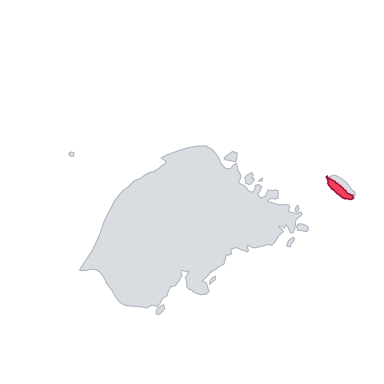 Jeju-si, Jeju, South Korea (highlighted), rotated 237°
{"feature_id": "91817680B29624883381183", "entity_name": "Jeju-si", "entity_type": "district", "adm_level": 2, "iso_a3": "KOR", "parent_name": "South Korea", "parent_adm1": "Jeju", "projection": "natural_earth1", "projection_center": [126.666, 33.419], "detail": "fine", "context": "in_parent", "style": "filled", "palette": "rose", "viewbox_px": 384, "rotation_deg": 237, "n_neighbors": 0, "source": "geoboundaries", "source_scale": "gbopen_adm2", "svg_char_len": 5719}
<svg xmlns="http://www.w3.org/2000/svg" viewBox="0 0 384 384"><g transform="rotate(237 192 192)"><path d="M117.8,97.7L119.1,96.7L119.2,95.3L119.2,90.8L122.7,87.7L127.7,81.3L130.2,77.9L133.0,74.6L136.2,72.4L139.4,71.4L144.5,70.9L154.1,71.3L156.0,71.0L162.7,70.6L164.2,71.2L169.1,71.6L174.5,71.2L177.2,70.2L179.7,68.6L181.9,65.7L184.1,60.3L186.5,56.1L187.9,55.3L197.9,77.8L207.4,92.4L215.6,102.9L227.2,123.2L230.7,134.0L231.0,140.8L233.0,150.0L231.5,155.3L232.0,163.7L231.3,168.0L229.9,171.1L229.9,177.2L230.4,180.5L230.5,184.8L231.4,186.5L232.8,187.1L234.8,185.5L237.4,184.9L237.0,190.0L234.0,203.2L231.4,212.7L227.8,221.1L223.1,228.7L217.6,231.7L213.6,232.7L206.1,233.1L199.8,231.8L194.5,232.8L192.3,234.3L190.7,237.1L191.9,241.3L191.8,244.4L189.5,244.2L184.9,242.3L179.9,242.1L177.5,241.2L175.1,236.7L172.7,236.9L168.4,239.6L162.0,240.1L159.7,241.6L158.9,243.4L159.9,245.8L163.1,248.8L162.0,251.9L158.7,253.5L155.9,249.7L154.2,245.9L152.3,245.7L149.3,246.8L148.7,250.8L150.1,253.6L152.4,256.8L149.2,260.4L148.4,263.1L146.1,264.9L139.9,260.8L140.8,257.8L143.4,254.9L143.8,252.0L142.9,250.2L134.1,257.7L128.6,266.2L125.7,265.6L124.5,263.4L122.8,262.5L116.9,268.0L115.8,272.3L113.6,272.5L112.7,270.6L112.6,266.7L111.6,263.4L105.5,258.6L102.7,254.3L104.2,252.0L109.3,253.3L113.3,253.1L112.5,251.1L111.2,250.1L113.9,249.0L116.2,246.7L114.3,246.1L111.5,247.4L109.1,246.8L108.2,241.2L105.3,235.6L103.8,230.1L106.7,226.9L108.1,222.0L110.7,214.9L112.1,212.6L115.7,210.9L117.0,209.0L115.0,208.1L111.8,207.3L111.9,205.2L114.1,204.1L116.5,201.8L121.2,199.1L122.7,193.9L121.3,192.6L118.4,191.3L119.0,188.7L120.2,186.7L119.8,185.5L116.3,182.1L114.0,179.0L114.7,175.5L114.2,170.2L114.5,165.8L114.3,163.3L112.7,157.9L111.9,152.4L109.7,153.2L107.9,154.6L101.5,152.7L99.4,152.6L98.6,148.5L100.9,143.5L106.4,139.1L109.5,138.6L111.9,136.6L115.6,136.0L120.0,139.0L123.9,139.6L126.1,144.8L127.5,145.9L127.8,144.0L131.0,141.7L131.7,140.1L131.0,139.2L127.4,138.2L124.0,131.8L123.6,129.1L122.4,127.3L124.2,122.2L120.4,116.3L118.5,114.5L118.8,109.3L116.8,105.9L115.7,104.1L115.0,100.9L115.6,99.5L117.3,99.0L117.8,97.7ZM105.2,327.5L103.3,328.7L101.6,328.0L101.2,327.5L99.1,324.6L98.6,323.1L100.0,320.3L105.6,315.6L120.3,311.1L123.0,310.9L128.8,312.8L130.0,316.4L129.0,319.5L127.6,321.6L120.9,325.1L115.7,326.8L105.2,327.5ZM204.0,248.0L200.1,251.1L194.9,247.0L193.6,244.7L197.6,241.3L200.9,237.4L203.1,237.2L204.0,248.0ZM176.3,247.6L175.9,252.6L173.0,252.8L171.3,249.6L169.5,251.2L168.5,251.2L167.0,247.3L166.8,244.2L170.2,241.8L172.2,243.3L175.2,244.0L176.3,247.6ZM101.4,269.6L98.8,270.4L97.3,268.7L96.3,268.2L96.9,265.9L101.2,261.4L102.0,259.9L106.0,260.8L107.4,263.2L105.6,266.8L101.4,269.6ZM113.3,99.9L113.1,106.6L110.8,106.3L109.3,105.6L108.7,104.3L107.1,98.2L108.9,95.6L112.2,97.6L113.3,99.9ZM98.9,251.4L98.4,252.6L96.6,252.3L94.8,248.8L94.0,246.1L92.2,244.5L95.1,242.1L98.8,246.4L98.9,251.4ZM109.0,162.6L108.5,165.8L105.8,163.7L105.0,156.5L107.8,158.6L109.0,162.6ZM291.1,112.9L289.3,114.4L287.1,112.9L286.8,111.3L287.9,110.0L290.5,109.1L291.8,110.3L291.1,112.9ZM122.7,271.0L123.4,273.4L120.1,272.9L118.3,270.6L118.6,268.6L120.5,268.3L122.7,271.0ZM165.5,257.3L165.0,258.8L162.9,256.5L165.0,253.9L165.5,257.3Z" fill="#d9dde1" stroke="#a8b0b8" stroke-width="1"/><path d="M128.8,314.8L128.9,314.7L128.8,314.2L129.0,314.2L129.1,313.9L129.2,313.4L129.2,313.1L128.8,313.0L128.7,312.9L128.7,312.5L128.5,312.3L128.1,312.2L127.7,312.1L127.3,312.2L127.1,312.3L126.7,311.9L126.4,311.9L126.1,311.5L125.8,311.3L125.8,311.1L125.7,310.8L125.6,310.6L125.4,310.6L125.2,310.6L124.8,310.7L124.5,310.7L124.3,310.6L124.1,310.5L123.9,310.4L123.6,310.4L123.3,310.3L123.1,310.5L122.9,310.7L122.6,310.8L122.2,310.8L122.0,310.7L121.8,310.6L121.5,310.6L121.2,310.8L120.6,310.9L120.3,310.9L120.1,311.0L119.8,311.1L119.6,310.9L119.5,311.2L119.4,311.3L119.1,311.4L118.8,311.1L118.5,311.0L118.3,310.8L118.1,311.0L117.9,311.2L117.8,311.4L117.8,311.6L117.6,311.7L117.3,311.6L117.1,311.6L116.7,311.8L116.3,311.7L116.1,311.9L116.0,312.2L115.7,312.3L115.4,312.2L115.1,312.2L114.9,312.3L114.5,312.3L114.1,312.2L113.7,312.4L113.4,312.7L113.1,312.6L112.6,312.7L112.2,312.6L111.7,312.8L111.6,313.0L111.2,313.1L110.9,313.1L110.8,313.3L110.5,313.4L110.4,313.6L110.2,313.7L109.9,313.7L109.7,313.8L109.4,313.9L109.1,314.0L108.9,314.0L108.6,314.3L108.4,314.4L108.1,314.4L107.9,314.2L107.6,314.2L107.3,314.4L107.0,314.5L106.7,314.7L106.4,314.7L106.2,314.9L105.9,315.1L105.5,315.3L105.1,315.3L104.8,315.3L104.5,315.3L104.4,315.7L104.4,316.0L104.2,316.2L103.8,316.4L103.3,316.4L103.0,316.7L102.7,316.8L102.6,317.0L102.6,317.3L102.5,317.6L102.5,317.8L102.4,318.0L102.1,318.5L101.8,318.9L101.6,319.1L101.3,319.2L101.2,319.1L100.9,319.2L100.8,319.4L100.7,319.7L100.3,320.1L99.4,320.8L99.2,321.3L99.0,321.8L98.9,322.5L98.9,323.1L98.9,324.1L99.5,324.0L100.0,324.1L100.7,324.1L100.9,324.2L101.2,324.6L101.7,325.1L102.1,324.5L102.5,324.1L103.2,323.6L103.9,323.3L104.5,323.0L105.2,322.5L105.7,322.0L106.0,321.6L106.9,321.5L107.6,321.4L108.2,321.5L108.5,321.6L109.1,321.8L109.8,321.8L109.9,321.5L110.1,321.0L110.7,320.8L112.9,320.9L113.7,320.7L114.3,320.2L116.1,320.1L117.1,319.6L118.3,318.9L119.0,318.7L119.8,318.8L120.3,318.6L120.7,317.7L121.5,317.7L122.3,317.7L122.5,317.8L123.2,317.7L123.8,317.3L124.3,316.7L124.7,316.4L125.5,316.3L125.9,316.2L126.2,315.8L126.7,315.6L127.1,315.4L127.5,315.1L128.1,315.0L128.8,314.8ZM131.1,312.9L131.2,312.7L131.0,312.4L130.9,312.4L130.7,312.5L130.8,312.6L130.7,312.8L130.6,313.0L130.4,313.3L130.5,313.4L130.5,313.6L130.6,313.8L130.8,313.9L130.9,314.0L131.1,314.0L131.2,313.9L131.3,314.0L131.5,314.1L131.5,313.9L131.5,313.7L131.6,313.4L131.5,313.2L131.4,313.0L131.4,312.9L131.2,312.9L131.1,312.9Z" fill="#f43f5e" stroke="#9f1239" stroke-width="1.5"/></g></svg>